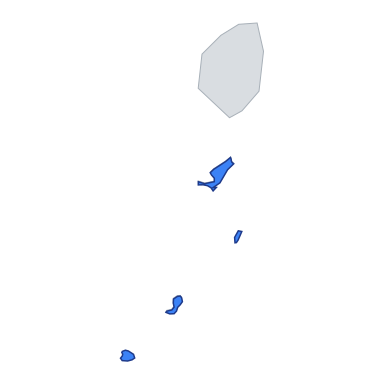 Grenadines on a map of Saint Vincent and the Grenadines (Mercator projection)
{"feature_id": "VCT-5064", "entity_name": "Grenadines", "entity_type": "Parish", "adm_level": 1, "iso_a3": "VCT", "parent_name": "Saint Vincent and the Grenadines", "parent_adm1": "", "projection": "mercator", "projection_center": [-61.301, 12.818], "detail": "fine", "context": "in_parent", "style": "filled", "palette": "blue", "viewbox_px": 384, "rotation_deg": 0, "n_neighbors": 0, "source": "natural_earth", "source_scale": "10m", "svg_char_len": 1488}
<svg xmlns="http://www.w3.org/2000/svg" viewBox="0 0 384 384"><path d="M242.0,110.8L229.5,117.7L198.2,88.3L202.0,54.1L220.9,35.3L238.7,24.3L257.1,23.0L263.5,51.3L259.0,91.2L242.0,110.8ZM220.0,182.2L213.2,187.0L216.4,187.0L213.2,190.2L211.0,187.0L207.6,185.0L203.3,184.2L198.4,184.3L198.4,181.0L204.7,183.0L214.4,181.1L214.4,177.5L211.6,174.3L210.3,172.1L213.8,168.6L225.7,161.0L230.6,156.9L231.2,158.6L231.4,160.2L232.0,161.7L233.8,163.2L227.7,169.1L220.0,182.2ZM173.9,312.9L169.6,313.2L165.8,311.7L166.8,310.3L171.6,309.3L173.9,306.4L173.1,302.5L173.3,298.3L177.2,295.7L180.1,295.4L181.4,297.0L182.2,301.0L180.0,304.1L177.5,306.6L176.3,310.4L173.9,312.9Z" fill="#d9dde1" stroke="#a8b0b8" stroke-width="1"/><path d="M233.7,163.8L227.6,169.7L219.9,182.9L213.1,187.6L216.2,187.6L213.1,190.9L210.9,187.7L207.5,185.7L203.2,184.8L198.3,184.9L198.3,181.7L204.6,183.7L214.3,181.7L214.3,178.2L211.5,175.0L210.2,172.7L213.7,169.3L225.5,161.6L230.5,157.5L231.1,159.2L231.3,160.8L231.9,162.3L233.7,163.8ZM180.3,296.1L181.6,297.7L182.4,301.7L180.2,304.8L177.7,307.3L176.5,311.1L174.1,313.7L169.8,313.9L166.0,312.4L167.0,311.1L171.8,310.0L174.1,307.1L173.3,303.2L173.5,299.0L177.4,296.4L180.3,296.1ZM128.4,351.0L133.5,354.3L134.7,358.0L132.1,359.8L127.6,361.0L122.2,360.6L120.5,358.2L122.3,356.0L122.7,354.1L121.8,352.5L122.3,351.4L125.4,350.2L128.4,351.0ZM234.6,237.4L238.3,230.8L241.8,231.5L238.1,240.1L236.4,242.6L235.0,242.8L234.6,237.4Z" fill="#3b82f6" stroke="#1e3a8a" stroke-width="1.5"/></svg>